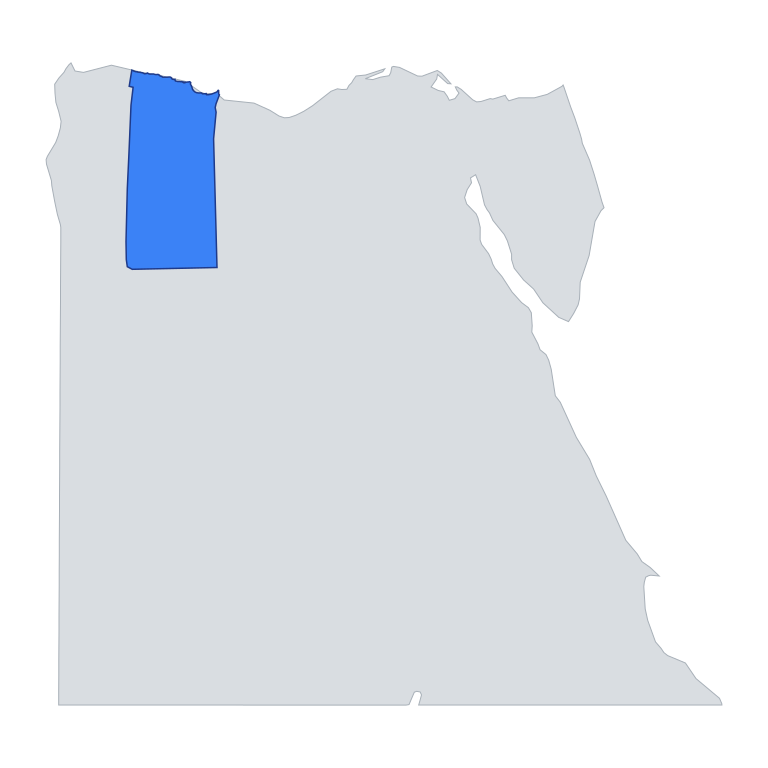 location of Marsa Matruh, Matruh, Egypt
{"feature_id": "37247803B7137912263252", "entity_name": "Marsa Matruh", "entity_type": "district", "adm_level": 2, "iso_a3": "EGY", "parent_name": "Egypt", "parent_adm1": "Matruh", "projection": "natural_earth1", "projection_center": [27.133, 30.048], "detail": "fine", "context": "in_parent", "style": "filled", "palette": "blue", "viewbox_px": 768, "rotation_deg": 0, "n_neighbors": 0, "source": "geoboundaries", "source_scale": "gbopen_adm2", "svg_char_len": 5485}
<svg xmlns="http://www.w3.org/2000/svg" viewBox="0 0 768 768"><path d="M721.9,705.0L703.6,705.0L685.3,705.0L667.0,705.0L648.7,705.0L630.4,705.0L612.1,705.0L593.8,705.0L575.5,705.0L557.2,705.0L538.9,705.0L520.6,705.0L502.3,705.0L484.0,705.0L465.7,705.0L447.4,705.0L429.1,705.0L418.7,705.0L420.4,699.1L421.5,694.9L420.2,692.0L416.7,691.3L414.3,692.2L409.0,704.6L406.1,705.1L399.6,705.1L378.3,705.1L357.0,705.1L335.7,705.1L314.4,705.1L293.1,705.1L271.8,705.1L250.4,705.1L229.1,705.0L207.8,705.0L186.5,705.0L165.2,705.0L143.9,705.0L122.6,705.0L101.3,705.0L80.0,705.0L58.7,705.0L58.7,690.1L58.8,675.2L58.8,660.3L58.9,645.4L59.0,630.4L59.0,615.5L59.1,600.6L59.2,585.7L59.2,570.8L59.3,555.8L59.3,540.9L59.4,526.0L59.5,511.1L59.5,496.1L59.6,481.2L59.7,466.3L59.7,451.4L59.8,436.4L59.9,421.5L60.0,406.6L60.0,391.6L60.1,376.7L60.2,361.8L60.2,346.8L60.3,331.9L60.4,317.0L60.5,302.0L60.5,287.1L60.6,272.2L60.7,257.2L60.8,242.3L60.8,227.4L60.4,224.6L57.4,214.4L54.7,201.5L51.8,185.7L51.4,180.5L46.5,164.2L46.1,159.6L47.4,156.3L55.7,142.5L58.2,135.9L60.4,127.8L61.1,121.3L58.7,111.4L55.9,102.4L55.0,93.2L54.7,84.2L58.9,78.0L64.0,72.3L65.9,68.8L68.9,64.8L71.0,62.9L75.0,71.0L83.5,72.4L111.4,65.2L142.0,72.4L158.9,75.2L185.0,81.3L200.9,92.3L205.3,93.7L216.7,93.5L224.2,100.0L254.0,103.1L269.9,110.3L279.0,116.0L284.4,117.8L289.2,117.5L295.7,115.3L303.8,111.3L312.6,105.7L331.0,91.3L337.4,88.8L341.7,89.5L346.9,89.3L349.0,85.4L351.7,82.7L353.4,79.7L356.1,76.0L365.7,75.0L384.8,68.8L382.7,71.7L365.3,78.7L372.8,79.6L380.4,77.2L389.1,75.7L390.7,72.7L391.8,67.1L393.4,66.4L399.5,67.4L417.6,76.0L422.0,76.2L434.6,71.5L437.3,70.5L441.4,73.1L450.9,83.8L447.7,83.6L437.5,74.4L436.7,79.0L431.1,87.0L438.3,90.5L444.1,91.8L447.3,96.3L449.3,100.3L455.0,98.6L459.0,93.1L456.8,90.1L455.3,86.9L457.2,86.9L461.2,89.4L472.7,99.8L476.6,101.9L481.0,101.5L490.2,98.6L492.8,99.1L505.2,95.3L506.7,98.1L508.8,100.8L518.7,97.8L534.4,97.8L547.2,94.4L562.0,86.3L563.1,85.0L563.9,87.0L565.8,92.6L570.6,106.8L574.8,117.9L579.9,133.3L581.6,139.2L582.3,143.3L589.6,160.2L594.1,174.2L597.4,185.5L602.0,202.0L604.0,207.7L601.0,210.7L595.0,221.5L589.1,255.6L580.2,282.2L579.5,298.9L578.1,304.9L573.7,313.4L568.5,321.6L558.8,317.4L542.9,302.8L533.6,289.0L523.6,280.0L514.2,268.2L511.6,259.7L511.6,254.2L507.4,240.9L504.3,234.6L492.9,220.4L489.5,212.9L487.0,209.5L484.5,204.8L480.2,186.4L475.6,174.7L470.5,177.9L471.5,182.8L467.2,189.6L464.6,197.5L466.7,204.0L476.1,213.8L478.0,218.1L480.2,227.4L480.1,240.0L481.6,244.3L488.6,253.7L491.2,259.2L492.7,264.0L495.1,268.4L502.0,276.6L512.1,292.1L521.6,302.6L528.4,307.7L531.3,312.7L532.2,325.8L531.8,332.1L537.9,343.8L540.1,349.8L546.0,354.6L548.7,360.2L551.2,369.2L555.3,395.8L560.3,402.3L576.3,437.3L589.7,459.5L596.3,476.0L606.2,496.1L625.8,540.3L637.3,554.0L641.9,561.6L650.2,567.5L659.2,576.0L650.7,575.2L648.6,575.7L645.7,577.2L644.3,582.3L643.8,586.6L645.2,608.9L647.7,620.3L655.5,641.9L661.1,648.4L663.9,652.6L667.7,655.6L685.4,663.0L696.0,678.6L719.5,698.3L721.8,703.7L721.9,705.0Z" fill="#d9dde1" stroke="#a8b0b8" stroke-width="1"/><path d="M219.4,94.8L219.2,94.6L218.9,94.3L218.8,94.0L218.7,93.4L218.7,92.8L218.7,92.5L218.7,91.9L218.6,91.7L218.6,91.2L218.7,90.8L218.6,90.5L218.5,90.4L218.2,90.3L217.9,90.6L217.7,90.9L217.6,91.0L217.5,91.4L217.3,91.6L217.1,91.8L216.8,91.9L216.2,92.2L215.7,92.5L215.0,92.7L214.3,93.0L213.4,93.4L212.7,93.6L211.8,94.0L210.9,94.3L210.5,94.3L210.0,94.3L209.5,94.5L208.8,94.6L208.2,94.7L207.7,94.7L207.2,94.6L206.8,94.7L206.6,94.7L206.3,94.5L206.2,94.2L206.2,93.8L206.2,93.6L205.3,93.7L203.6,93.8L202.6,93.8L202.1,93.5L201.8,93.3L201.6,93.0L200.9,92.9L198.8,93.0L196.6,92.7L195.2,92.1L194.1,91.2L193.4,90.5L193.3,90.3L193.3,90.1L192.9,89.9L192.6,89.5L192.5,89.1L192.4,88.9L192.4,88.7L192.2,88.0L192.1,87.8L192.0,87.4L192.0,87.1L191.7,86.7L191.5,86.3L191.4,85.8L191.3,85.5L191.1,85.2L190.6,84.5L190.5,84.3L190.4,84.0L190.4,83.7L190.5,83.4L190.8,82.9L190.6,82.5L190.2,82.0L189.5,81.7L188.8,81.9L188.0,82.0L187.9,82.0L187.3,82.0L186.6,82.2L186.1,82.2L185.5,82.2L185.0,82.1L184.7,82.1L184.4,82.2L184.7,82.3L185.2,82.4L185.1,82.6L184.8,82.5L184.5,82.8L184.2,82.8L183.9,82.8L183.6,82.7L183.5,82.3L183.7,82.1L183.2,81.9L183.0,82.0L183.0,81.9L181.8,81.7L180.6,81.7L179.5,81.5L179.3,81.5L178.3,81.5L177.5,81.5L177.0,81.3L176.6,81.2L176.2,81.2L175.9,81.1L175.5,81.0L175.2,80.7L175.1,80.3L175.2,80.1L175.0,79.7L175.0,79.4L174.5,79.5L173.9,79.4L173.2,79.4L172.8,79.3L172.3,79.1L171.8,78.7L171.7,78.4L171.7,78.1L171.6,77.9L171.1,77.7L170.8,77.4L170.7,77.2L170.2,77.1L169.8,77.0L168.9,77.0L168.1,77.1L166.9,77.2L166.4,77.2L165.6,77.2L164.4,77.2L163.5,77.2L163.1,77.2L162.8,77.2L162.4,77.0L162.0,76.6L161.2,76.3L160.7,76.2L160.1,76.0L159.8,75.7L159.7,75.5L159.6,75.3L159.5,75.1L159.2,75.1L158.7,74.9L158.3,74.7L158.2,74.5L158.1,74.4L156.9,74.5L156.1,74.6L155.5,74.5L154.7,74.4L154.2,74.2L153.6,74.0L153.0,74.0L152.5,74.0L152.0,74.1L151.3,74.0L150.9,74.0L150.5,74.1L149.8,74.1L149.1,73.9L148.2,73.6L147.9,73.4L147.8,73.1L147.7,73.0L147.4,73.0L146.8,73.4L145.4,73.7L144.2,73.7L143.7,73.3L142.2,72.7L141.0,72.6L140.4,72.3L139.4,72.3L138.8,72.2L138.2,72.2L137.7,72.1L137.5,71.8L136.6,71.8L136.2,71.7L135.4,71.6L135.1,71.5L134.9,71.4L134.5,71.3L134.3,71.1L134.0,71.1L133.6,71.0L133.2,70.6L132.7,70.4L132.2,70.4L131.8,70.2L129.2,86.3L133.1,87.3L131.0,105.1L128.9,154.4L127.3,188.6L126.5,221.0L126.0,241.5L126.3,259.6L127.3,266.7L132.2,269.3L217.0,267.5L213.6,138.8L216.1,112.2L215.2,107.6L216.0,103.9L219.4,94.8Z" fill="#3b82f6" stroke="#1e3a8a" stroke-width="1.5"/></svg>